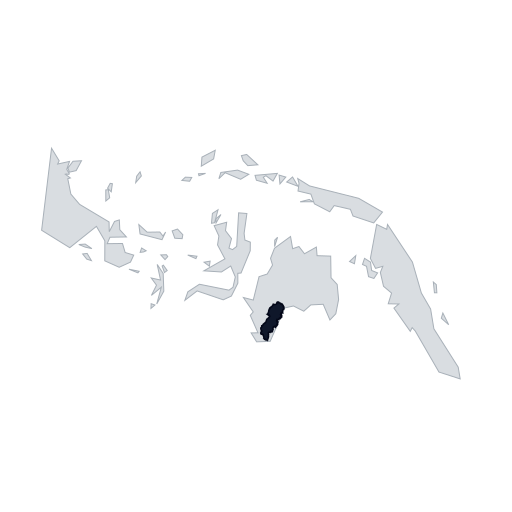 location of Malinau, Kalimantan Timur, Indonesia, rotated 186°
{"feature_id": "22746128B54632748429230", "entity_name": "Malinau", "entity_type": "district", "adm_level": 2, "iso_a3": "IDN", "parent_name": "Indonesia", "parent_adm1": "Kalimantan Timur", "projection": "equal_earth", "projection_center": [115.266, 2.582], "detail": "fine", "context": "in_parent", "style": "filled", "palette": "ink", "viewbox_px": 512, "rotation_deg": 186, "n_neighbors": 0, "source": "geoboundaries", "source_scale": "gbopen_adm2", "svg_char_len": 8745}
<svg xmlns="http://www.w3.org/2000/svg" viewBox="0 0 512 512"><g transform="rotate(186 256 256)"><path d="M175.8,200.1L184.1,215.0L196.4,213.1L202.7,206.1L213.5,210.2L221.9,207.4L233.0,172.6L246.4,170.7L252.8,179.0L246.0,179.8L255.5,196.4L252.9,200.1L264.2,213.4L254.1,211.9L250.8,235.8L243.0,239.2L238.6,248.7L241.3,255.2L238.4,265.7L223.7,279.0L220.3,267.1L214.3,269.9L208.0,263.3L196.9,271.2L195.3,262.7L181.7,263.7L179.1,242.2L172.3,236.2L169.3,221.4L170.6,206.9L175.8,200.1ZM40.1,155.1L61.9,159.7L89.8,198.1L93.2,201.1L94.7,197.2L113.4,218.6L108.9,223.2L119.5,222.3L117.3,233.3L126.0,239.2L130.6,252.6L128.8,259.0L135.8,256.2L142.0,265.5L139.3,300.0L128.8,296.2L128.5,301.1L99.8,266.3L87.7,236.5L76.8,221.5L71.5,202.2L43.3,166.6L40.1,155.1ZM471.9,259.2L470.6,341.8L461.7,330.1L462.9,326.7L451.3,330.6L453.3,322.4L450.2,318.1L451.3,317.5L453.1,317.8L454.2,317.4L448.8,314.2L451.3,313.2L446.6,298.2L436.8,288.9L405.7,274.5L404.5,264.8L400.3,275.6L395.7,277.6L394.2,267.9L386.9,261.4L403.2,259.4L405.3,252.7L390.1,254.5L386.5,245.8L377.7,244.1L380.2,236.8L390.9,230.5L405.9,235.4L407.9,255.3L417.8,268.8L442.1,244.8L471.9,259.2ZM320.0,213.3L309.3,222.0L279.3,219.2L275.6,222.5L274.4,233.0L280.1,243.4L288.7,236.5L306.3,235.8L286.6,249.9L295.4,263.0L295.0,272.0L300.8,281.8L288.7,286.5L289.0,278.0L282.2,270.8L283.7,261.0L280.0,259.9L276.2,263.5L277.8,297.1L269.5,297.3L270.2,277.3L268.7,270.7L263.1,269.2L262.3,260.6L269.1,237.5L272.3,236.9L271.2,227.1L276.3,213.6L284.0,209.0L310.9,215.1L322.1,204.5L320.0,213.3ZM142.4,301.2L163.7,305.9L167.0,312.3L183.5,314.3L187.3,307.7L203.4,314.0L207.9,323.3L221.0,325.0L220.8,332.8L222.6,337.4L210.1,331.3L159.9,324.1L134.8,312.9L142.4,301.2ZM346.9,215.1L355.9,205.9L351.9,216.6L357.9,223.2L348.4,222.1L353.4,237.3L346.5,229.0L344.0,211.4L349.7,197.9L346.9,215.1ZM351.2,262.4L373.6,265.8L375.8,275.0L366.7,268.3L354.2,269.8L350.6,266.1L348.4,270.4L351.2,262.4ZM299.7,335.4L283.3,339.5L271.7,336.5L279.3,330.7L295.4,335.6L301.0,329.0L299.7,335.4ZM252.5,329.5L263.5,331.4L265.4,336.1L243.4,340.4L246.9,332.3L254.5,336.9L257.0,335.1L252.5,329.5ZM319.8,339.6L320.1,348.7L307.6,356.9L308.3,348.1L319.8,339.6ZM141.9,247.2L145.0,257.3L149.2,258.7L147.8,265.0L141.5,261.9L139.5,253.7L133.3,251.9L136.4,246.0L141.9,247.2ZM447.9,331.1L439.5,332.5L443.8,322.1L450.3,319.9L452.3,323.8L447.9,331.1ZM273.6,345.0L278.7,349.4L281.0,354.3L275.9,356.0L263.7,346.9L273.6,345.0ZM338.6,265.2L342.0,272.2L336.9,274.6L331.0,269.5L331.3,265.5L338.6,265.2ZM221.5,329.7L233.2,332.8L227.9,338.4L221.5,329.7ZM239.7,330.2L241.5,338.9L234.6,337.6L239.7,330.2ZM162.4,260.3L156.8,266.8L157.3,258.6L162.4,260.3ZM411.1,295.0L412.3,306.0L409.8,306.5L407.6,298.6L411.1,295.0ZM217.8,314.5L208.9,317.8L205.1,315.9L217.8,314.5ZM303.7,283.9L303.8,293.8L298.6,298.0L300.7,284.7L303.7,283.9ZM57.2,207.8L65.2,213.5L64.2,218.8L57.2,207.8ZM76.9,248.6L73.7,246.4L72.3,238.3L74.7,238.1L76.9,248.6ZM380.1,327.6L378.4,323.6L383.3,316.4L383.0,322.9L380.1,327.6ZM371.7,226.9L381.0,229.6L370.6,228.6L371.7,226.9ZM315.5,247.1L324.0,249.8L314.7,249.6L315.5,247.1ZM299.8,288.7L295.2,293.6L299.2,284.7L299.8,288.7ZM419.2,234.2L424.0,235.2L428.6,239.9L424.2,240.9L419.2,234.2ZM337.6,323.4L334.5,327.0L328.1,327.4L329.8,323.4L337.6,323.4ZM410.7,307.9L408.6,313.0L406.4,312.9L406.7,304.7L410.7,307.9ZM350.8,247.1L345.2,247.9L343.7,246.2L346.1,242.9L350.8,247.1ZM420.0,246.2L426.9,247.0L433.4,248.9L427.1,250.0L420.0,246.2ZM301.3,241.0L307.0,244.4L301.1,246.1L301.3,241.0ZM355.3,197.6L351.4,196.7L355.0,192.9L355.3,197.6ZM314.8,332.9L321.1,329.9L321.8,331.8L314.8,332.9ZM371.6,247.5L370.6,252.0L365.8,249.7L368.2,248.3L371.6,247.5ZM239.0,273.8L236.5,276.9L238.5,267.3L239.0,273.8ZM345.3,230.0L348.3,236.2L347.2,237.2L342.8,232.3L345.3,230.0Z" fill="#d9dde1" stroke="#a8b0b8" stroke-width="1"/><path d="M238.6,199.1L238.3,198.9L238.1,198.8L237.7,198.6L237.5,198.8L237.2,198.3L236.9,198.3L236.5,198.6L236.2,198.0L236.0,197.6L235.9,197.2L236.0,197.1L236.3,197.2L236.5,196.9L236.6,196.5L236.8,196.0L237.0,195.9L237.0,195.7L237.6,195.3L237.8,194.9L238.2,194.3L238.4,194.2L238.4,194.4L238.5,194.4L238.8,193.6L239.0,193.1L239.0,192.9L239.0,192.2L239.1,191.7L239.4,191.4L239.5,191.1L239.8,190.9L239.8,190.7L240.1,190.5L240.1,190.2L240.3,190.0L240.7,189.9L241.1,189.4L241.5,189.1L241.5,188.8L241.7,188.7L241.7,188.4L241.9,188.3L242.0,188.1L242.2,187.7L242.4,187.5L243.0,187.3L243.1,186.9L242.9,186.5L242.8,186.4L243.0,185.8L243.0,185.6L243.6,185.2L243.6,184.8L243.6,184.5L243.6,184.1L243.3,183.4L243.3,183.2L243.0,182.8L242.9,182.5L242.8,182.4L242.6,182.3L242.7,182.0L242.5,181.7L242.9,181.5L242.9,181.2L243.0,180.8L242.9,180.7L243.0,180.5L243.1,180.4L243.2,180.2L243.3,180.0L243.2,179.8L243.2,179.6L243.0,179.4L242.9,179.0L242.7,178.8L242.2,178.8L241.5,179.0L241.5,178.9L241.4,178.6L241.1,178.6L240.8,178.2L240.6,178.3L240.5,178.0L240.5,177.8L240.4,177.6L240.0,176.7L239.8,176.3L239.7,175.9L239.6,175.3L239.7,175.1L239.3,174.9L239.3,174.6L239.2,174.5L239.1,174.3L239.0,174.2L238.8,174.4L238.7,174.3L238.6,174.5L238.2,174.4L238.2,174.2L237.9,174.1L237.7,174.0L237.7,173.9L237.6,173.6L237.4,173.6L237.2,173.5L236.8,173.5L236.7,173.7L236.3,174.0L236.2,173.9L235.9,173.8L235.8,173.6L235.7,173.5L235.6,173.8L235.7,174.4L235.6,174.8L235.5,175.1L235.5,175.5L235.3,175.6L235.2,175.9L235.2,176.4L235.3,176.5L235.2,176.6L235.1,177.0L235.3,177.1L235.3,177.6L235.5,177.8L235.5,178.1L235.3,178.2L235.2,179.0L235.4,179.5L235.6,179.9L235.5,180.2L235.8,180.7L235.7,181.1L235.1,181.5L234.9,181.8L234.6,181.7L234.4,181.5L234.1,181.5L234.2,181.8L233.8,181.9L233.7,182.1L233.3,182.2L233.2,182.6L232.8,182.2L232.6,182.3L232.4,182.6L232.3,182.1L232.2,182.1L232.0,182.4L231.8,182.7L231.8,182.8L231.7,183.1L231.7,183.6L231.6,184.0L231.5,184.6L231.6,184.9L231.4,184.9L231.5,185.3L231.9,185.6L231.9,185.8L231.7,186.0L231.6,185.9L231.5,186.3L231.4,186.4L231.4,186.7L231.4,187.0L231.3,187.4L231.2,187.4L231.1,187.5L230.8,187.4L230.7,187.4L230.7,187.6L230.5,187.8L230.3,188.0L230.1,187.9L230.1,188.0L229.9,188.0L229.7,188.1L229.6,187.8L229.6,187.6L229.4,187.2L229.2,187.1L229.2,187.4L229.0,187.8L228.9,187.9L228.9,188.0L228.8,188.3L228.5,188.3L228.3,188.6L228.1,188.7L228.0,188.9L228.0,189.0L228.0,189.4L227.9,189.4L227.9,189.6L227.7,189.7L227.7,189.8L227.4,190.0L227.7,190.3L227.9,190.2L228.0,190.4L227.9,190.6L227.9,190.9L227.9,191.0L227.5,191.3L227.4,191.6L227.6,191.7L227.6,191.8L227.7,192.2L227.6,192.4L227.5,192.5L227.4,192.5L227.4,192.8L227.6,192.8L227.6,193.0L227.8,193.0L227.9,192.9L228.0,192.7L228.1,192.8L228.2,192.7L228.3,192.9L228.4,193.1L228.6,193.2L228.6,193.3L228.7,193.6L228.8,193.7L228.9,193.8L228.9,194.0L228.5,194.4L228.5,194.5L228.3,194.3L227.9,194.4L227.8,194.7L227.7,194.7L227.6,194.8L227.5,195.1L227.5,195.3L227.1,195.3L227.0,195.5L226.9,195.5L226.8,195.8L226.6,195.9L226.5,196.0L226.4,196.0L226.3,195.8L226.2,195.8L226.1,196.0L226.1,196.5L226.2,196.8L225.8,197.2L225.3,197.1L224.9,197.4L224.8,197.1L224.7,197.3L224.7,197.5L224.5,197.9L224.4,198.0L224.1,198.0L224.1,198.3L224.1,198.5L224.1,198.8L224.3,198.7L224.6,198.6L224.9,198.8L224.8,199.1L224.7,199.3L224.8,199.7L224.6,199.7L224.7,200.2L224.9,200.1L225.2,199.9L225.5,200.2L225.4,200.3L225.3,200.6L225.1,200.8L225.1,201.0L225.4,201.4L225.4,201.6L225.2,201.8L224.8,201.8L224.8,202.0L224.6,202.2L224.6,202.4L224.4,202.4L224.2,202.1L224.0,202.3L223.9,202.3L224.0,202.4L224.0,202.6L223.8,202.8L223.7,202.9L223.8,203.1L223.8,203.4L223.8,203.5L223.9,204.1L223.8,204.5L223.8,205.1L223.6,205.1L223.5,205.4L223.4,205.5L223.2,205.7L222.9,205.9L222.9,206.1L222.8,206.4L222.9,206.6L222.8,206.8L222.8,207.0L222.7,207.1L222.7,207.3L222.8,207.4L222.8,207.5L223.1,207.7L223.1,207.8L223.1,208.0L223.1,208.4L223.3,208.4L223.4,208.7L223.6,208.6L223.7,208.9L223.8,209.0L223.9,209.3L223.9,209.7L224.0,209.8L224.3,210.0L224.6,210.6L225.1,211.0L225.2,210.8L225.5,210.5L225.9,210.9L226.3,210.7L226.4,210.8L226.4,211.2L226.5,211.3L226.6,211.6L227.0,211.7L227.3,211.7L227.7,211.6L227.9,211.7L228.2,211.7L228.3,212.1L228.3,212.3L228.7,212.5L229.1,212.6L229.3,212.6L229.4,212.4L229.5,212.4L230.0,212.4L230.1,211.9L230.3,211.8L230.4,211.6L230.5,211.4L230.5,211.2L230.4,211.0L230.4,210.9L230.4,210.7L230.5,210.7L230.6,210.4L231.2,210.0L231.8,209.8L232.2,209.6L232.5,209.6L233.2,209.9L233.3,209.8L233.5,209.8L233.8,209.8L233.8,209.3L233.7,209.0L233.8,208.7L234.0,208.6L234.2,208.4L234.4,208.5L234.6,208.1L234.6,207.9L234.6,207.7L235.0,207.3L235.1,207.2L235.6,207.0L235.6,206.9L235.6,206.7L236.1,206.5L236.4,206.1L236.4,205.8L236.3,205.6L236.4,205.4L236.7,204.9L237.0,204.7L237.1,204.9L237.2,204.6L237.3,204.5L237.3,204.3L237.5,203.7L237.5,203.4L237.7,202.6L237.6,202.1L237.7,201.6L237.8,201.0L237.8,200.7L238.0,200.5L238.2,200.3L238.2,200.1L238.1,199.8L238.1,199.3L238.2,199.2L238.6,199.1Z" fill="#0f172a" stroke="#020617" stroke-width="1.5"/></g></svg>